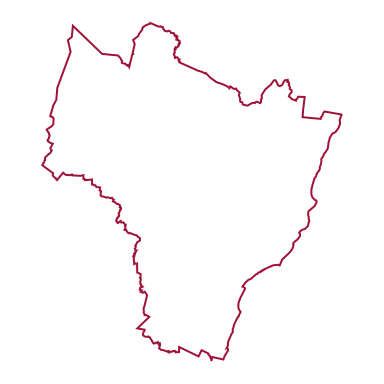 Central Hawke's Bay District, Hawke's Bay, New Zealand
{"feature_id": "76426892B41441178851735", "entity_name": "Central Hawke's Bay District", "entity_type": "district", "adm_level": 2, "iso_a3": "NZL", "parent_name": "New Zealand", "parent_adm1": "Hawke's Bay", "projection": "equal_earth", "projection_center": [176.584, -40.056], "detail": "fine", "context": "isolated", "style": "outline", "palette": "rose", "viewbox_px": 384, "rotation_deg": 0, "n_neighbors": 0, "source": "geoboundaries", "source_scale": "gbopen_adm2", "svg_char_len": 5904}
<svg xmlns="http://www.w3.org/2000/svg" viewBox="0 0 384 384"><path d="M72.9,25.8L71.8,37.0L67.9,40.1L70.6,51.9L57.3,87.9L56.3,99.9L53.5,104.9L50.2,116.2L50.6,116.6L52.3,116.8L53.6,118.4L53.3,124.3L51.3,126.6L47.4,129.0L46.7,129.9L49.0,133.3L49.0,134.2L49.7,135.4L48.4,139.3L47.7,139.8L47.7,141.0L50.2,142.8L52.8,143.7L50.3,148.2L51.1,150.0L51.7,150.3L50.0,153.5L48.6,153.9L48.2,154.7L45.5,157.0L45.1,157.9L45.0,160.2L44.5,160.4L44.2,162.2L43.1,163.4L42.3,165.2L53.2,173.3L52.7,174.9L52.9,175.7L54.9,177.8L55.9,178.3L56.4,179.6L57.0,180.1L63.1,172.7L65.8,174.9L66.8,175.1L67.5,174.8L69.2,175.2L72.1,174.5L72.4,174.6L72.3,175.4L80.4,175.8L83.4,175.2L83.4,178.8L84.7,179.0L84.9,180.2L92.0,179.5L92.0,184.5L93.6,184.6L94.1,185.3L95.4,185.3L96.3,186.9L100.1,187.5L99.7,190.5L100.7,190.7L101.1,191.6L100.7,192.9L100.6,195.4L101.8,196.4L103.7,196.6L106.2,197.7L107.3,197.2L110.7,198.1L112.1,197.8L112.7,199.2L113.9,199.8L112.9,201.4L114.8,202.1L116.7,203.8L118.8,204.3L120.2,205.7L119.8,207.3L120.9,207.6L121.0,209.4L120.0,209.8L119.8,211.4L118.6,213.4L119.2,215.1L118.6,215.9L118.9,216.3L117.2,217.9L117.4,218.4L116.5,219.3L116.2,220.2L116.2,220.8L116.6,221.0L116.6,221.7L117.4,222.1L117.6,223.0L118.7,222.6L119.8,221.3L120.6,221.1L120.4,221.8L121.4,222.6L123.2,222.3L124.7,224.0L124.8,224.6L125.6,224.7L125.1,225.8L125.5,225.9L125.2,228.6L124.6,229.6L125.8,229.7L125.6,230.1L126.1,230.2L127.9,232.7L128.9,233.3L129.7,232.9L135.2,235.1L136.9,235.4L137.7,236.8L138.4,236.9L140.0,238.3L139.9,240.6L137.4,242.0L135.7,245.1L135.8,245.8L135.3,246.0L135.7,246.6L135.5,248.0L134.8,248.6L135.8,250.2L135.6,250.7L136.0,250.7L135.6,251.0L135.9,251.5L135.6,252.3L134.1,253.6L134.4,254.0L135.0,253.9L134.4,255.6L134.1,255.2L134.2,255.7L133.7,255.6L133.2,256.2L134.0,257.7L133.7,258.2L134.2,264.0L135.2,263.3L136.5,264.0L137.1,263.6L137.2,272.5L140.6,274.0L140.6,277.9L140.0,278.1L140.9,279.2L140.6,280.9L140.2,281.4L140.4,283.4L140.9,284.1L140.6,284.4L141.1,285.4L142.6,286.7L140.3,287.5L139.8,289.7L140.8,289.8L141.0,290.6L141.6,290.6L140.7,291.8L141.7,292.0L142.6,292.8L144.8,291.7L147.1,295.3L144.2,306.9L143.7,307.6L143.6,309.4L143.9,311.1L143.6,312.4L144.5,314.0L144.6,315.2L146.4,315.1L149.3,316.9L137.3,328.4L144.6,329.7L144.5,330.7L143.4,332.5L142.9,334.5L143.0,335.2L144.3,336.1L144.5,337.0L144.5,336.6L147.5,336.8L148.5,336.5L148.9,337.2L149.8,337.3L153.5,343.5L155.3,343.3L155.7,342.7L157.0,342.9L157.8,342.1L158.4,343.4L159.8,343.1L160.1,344.8L159.3,345.1L159.7,345.4L159.7,346.7L159.0,348.2L161.2,349.9L163.6,350.2L165.9,351.2L167.5,351.3L167.7,351.9L168.4,352.2L168.1,351.4L168.4,351.0L170.7,352.0L172.2,351.3L172.7,351.5L173.4,351.0L174.9,350.9L175.7,351.3L176.1,351.9L175.9,352.3L179.0,352.1L179.1,347.0L198.6,356.4L201.6,350.2L208.4,353.5L208.6,355.0L209.8,355.6L210.2,357.3L211.0,358.3L211.4,361.0L212.2,357.0L223.4,359.5L224.6,356.1L228.1,350.3L228.0,348.9L227.1,347.7L226.8,347.9L227.9,345.5L228.1,341.9L231.5,334.0L232.8,332.1L232.7,329.0L233.5,327.4L233.9,325.1L236.8,318.9L237.4,318.3L237.5,317.3L238.8,316.3L238.9,315.2L240.6,312.0L238.6,308.9L238.3,305.9L238.6,302.5L240.4,297.8L245.1,288.8L245.0,288.1L242.5,286.6L245.5,282.5L248.7,279.6L250.5,279.2L256.1,274.3L257.7,273.7L258.1,272.7L259.9,272.1L260.9,271.2L261.0,271.6L263.9,269.8L263.7,269.5L273.1,265.3L278.0,264.8L279.7,265.4L282.2,259.5L289.1,253.0L291.9,249.6L292.9,247.4L293.6,244.8L293.1,244.1L293.5,242.8L296.0,240.5L297.0,240.0L299.7,236.7L300.1,234.9L299.7,233.0L299.2,232.8L299.8,231.5L302.5,229.7L305.2,228.8L308.0,225.9L308.6,222.7L309.4,221.0L308.7,219.1L308.8,217.3L308.1,214.8L308.3,211.5L314.6,206.0L315.9,203.7L316.7,201.7L316.3,200.5L314.7,199.9L312.4,197.3L311.4,194.5L311.4,189.6L312.7,184.2L314.4,178.7L316.1,176.1L316.8,173.6L319.3,170.2L319.9,168.6L319.7,167.6L320.9,164.2L321.4,161.5L321.3,158.9L323.3,156.2L323.8,154.1L325.7,151.9L327.8,148.5L328.6,142.2L329.4,139.8L329.6,138.1L332.5,133.4L333.2,133.4L335.6,131.9L338.7,127.7L338.9,126.5L340.1,124.0L339.9,123.1L340.1,122.3L339.6,121.0L340.0,118.9L340.8,117.1L340.8,116.0L341.7,115.0L341.4,114.5L324.5,111.5L323.4,112.9L322.6,114.7L322.4,115.8L321.1,117.1L320.7,118.9L302.6,117.2L303.2,109.1L304.7,97.0L298.1,96.7L297.2,98.7L296.0,99.6L295.9,100.6L291.5,98.9L290.9,97.9L288.9,96.4L289.6,94.6L291.6,92.1L291.6,90.8L291.4,90.0L289.7,88.9L290.0,87.1L288.7,85.0L289.2,84.4L289.2,83.3L288.8,82.4L287.5,82.0L288.1,81.0L287.7,79.8L286.4,80.4L285.3,80.0L284.0,81.4L282.2,84.9L279.9,86.2L278.2,85.4L275.7,80.4L274.8,80.1L273.8,80.5L270.7,84.8L265.4,89.3L262.3,94.0L261.6,95.8L261.9,98.2L260.9,99.7L261.1,102.0L260.2,103.1L256.7,101.7L255.3,102.4L255.0,103.0L253.9,102.7L251.7,103.2L247.6,105.6L243.8,104.9L242.7,104.3L242.3,102.3L240.6,101.9L240.1,101.4L240.1,98.7L238.9,95.2L239.7,92.7L236.9,90.1L235.9,88.6L235.5,89.0L233.7,88.8L230.3,86.4L229.4,88.3L227.6,86.6L222.9,84.3L216.6,82.2L210.3,77.7L206.0,73.2L205.8,73.7L201.7,71.8L197.8,70.6L179.5,62.4L179.9,61.9L179.6,61.2L178.6,60.6L179.5,59.4L178.7,59.2L177.1,57.2L175.0,58.0L174.8,57.6L175.0,56.4L174.2,55.5L173.9,53.7L174.8,52.9L174.5,51.4L175.0,50.0L174.5,49.1L175.2,47.9L175.7,48.4L175.8,47.2L177.1,47.4L178.2,46.5L178.4,44.9L179.0,45.1L179.2,44.5L178.9,44.1L179.7,43.5L179.3,42.9L179.8,42.6L179.4,41.8L179.6,40.9L176.9,39.8L176.8,39.4L177.5,39.1L177.0,38.2L176.7,38.4L177.0,37.5L176.6,37.3L177.4,36.5L176.6,35.8L175.8,36.1L175.6,35.6L175.0,35.9L174.2,34.9L174.2,33.6L173.5,33.1L170.9,32.9L170.3,31.6L169.5,30.9L168.4,30.8L167.3,31.4L164.6,30.8L164.2,29.8L163.2,29.0L163.2,28.0L162.7,26.9L161.8,27.0L160.4,26.3L159.9,26.7L158.3,26.5L150.3,23.0L150.2,23.6L145.5,25.4L144.1,26.6L143.1,26.8L142.4,28.2L142.5,28.8L141.9,30.1L138.8,34.1L138.4,35.9L133.1,40.0L134.7,44.0L132.7,53.0L133.2,54.0L132.3,54.3L129.2,66.9L129.0,66.4L126.9,65.4L127.1,65.1L126.7,65.2L125.2,63.6L123.3,63.5L121.8,62.8L121.7,62.1L122.2,60.9L121.1,59.7L120.7,58.5L118.1,55.5L102.1,53.9L72.9,25.8Z" fill="none" stroke="#9f1239" stroke-width="2"/></svg>